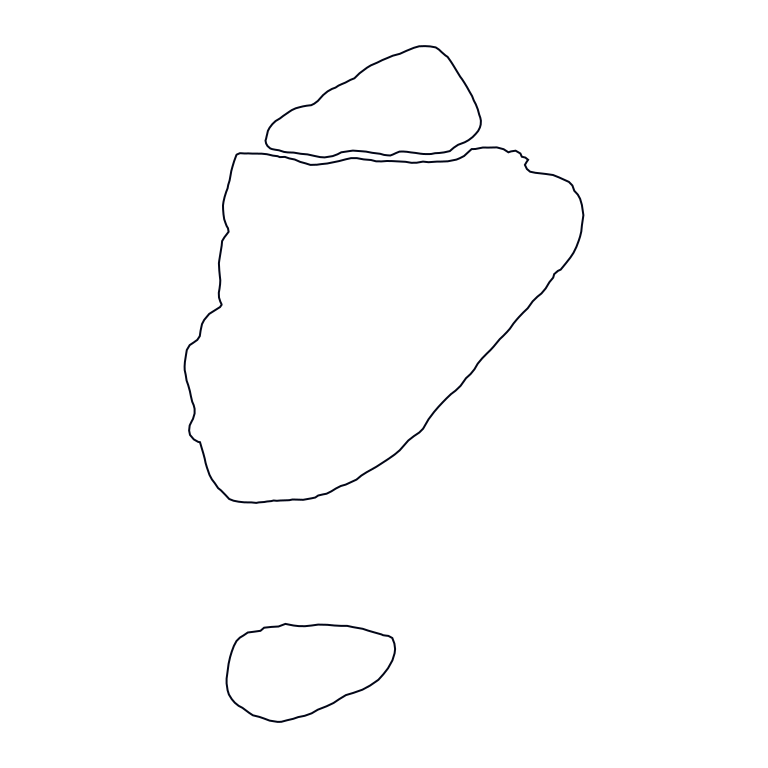 outline of South Maalhosmadulu, Maldives
{"feature_id": "70690204B34947259557359", "entity_name": "South Maalhosmadulu", "entity_type": "district", "adm_level": 2, "iso_a3": "MDV", "parent_name": "Maldives", "parent_adm1": "", "projection": "natural_earth1", "projection_center": [72.971, 5.094], "detail": "fine", "context": "isolated", "style": "outline", "palette": "ink", "viewbox_px": 768, "rotation_deg": 0, "n_neighbors": 0, "source": "geoboundaries", "source_scale": "gbopen_adm2", "svg_char_len": 5155}
<svg xmlns="http://www.w3.org/2000/svg" viewBox="0 0 768 768"><path d="M581.3,231.5L581.9,225.5L583.4,215.2L581.9,205.0L580.1,198.8L577.8,194.6L574.3,190.8L572.4,185.5L568.9,181.9L563.4,179.4L559.0,177.4L553.0,175.0L546.0,174.0L540.8,173.4L535.4,172.8L530.1,171.7L526.9,169.0L524.9,164.9L526.7,161.8L528.1,159.8L525.4,157.6L521.8,156.7L520.4,153.5L515.6,150.7L511.0,151.4L508.4,152.3L503.6,149.2L496.8,147.4L488.0,147.6L483.0,147.5L475.4,149.0L471.6,149.1L468.0,152.4L464.1,156.0L459.8,158.2L456.4,159.6L447.8,161.3L440.5,161.6L437.0,161.6L428.6,162.2L423.0,161.6L416.8,162.7L411.4,162.8L405.6,161.8L399.9,161.5L392.4,161.1L386.9,161.0L381.6,161.4L376.0,161.3L371.0,160.0L363.7,159.4L356.7,158.1L351.2,158.1L345.8,159.3L339.0,161.1L334.1,162.1L327.2,163.5L321.3,164.1L317.0,164.7L310.4,164.9L305.7,163.4L300.2,161.9L294.7,159.5L289.2,158.4L284.9,156.9L279.8,157.1L277.6,156.2L272.8,155.6L269.1,154.7L266.8,154.2L261.8,153.7L256.1,153.6L252.4,153.6L248.3,153.4L244.9,153.5L242.0,153.3L239.9,153.2L236.9,154.5L236.4,155.0L234.1,161.3L232.5,166.6L231.3,171.0L230.6,175.0L229.6,180.5L228.2,185.0L227.6,188.3L226.2,191.9L224.6,197.0L223.5,201.8L223.0,205.4L223.1,209.4L223.5,214.4L224.2,219.2L225.5,223.0L226.6,225.9L228.0,228.3L228.6,231.8L226.1,235.1L224.4,237.3L222.1,241.1L221.7,245.5L219.3,260.3L218.9,263.2L219.3,270.6L219.8,275.7L220.3,280.3L220.1,284.2L219.5,288.8L218.8,292.8L219.0,297.5L220.3,301.6L221.4,303.9L221.6,304.8L220.0,307.1L217.9,308.4L214.1,310.8L209.2,313.9L204.2,319.9L202.0,324.1L200.6,330.6L199.8,336.1L197.3,339.9L192.9,343.0L189.7,345.1L186.8,350.0L186.0,354.9L184.9,362.0L184.6,366.4L184.7,370.1L185.7,374.8L186.6,380.6L188.2,385.1L189.9,391.2L190.9,396.2L192.2,401.7L193.7,405.2L194.6,408.8L194.6,413.5L193.0,418.9L191.7,421.3L189.7,425.4L189.1,430.5L190.0,434.9L193.8,439.4L198.2,441.9L200.0,442.2L201.4,447.0L203.4,453.7L204.7,458.6L205.6,463.0L206.9,467.4L209.5,474.9L211.9,479.4L214.8,483.2L218.1,488.1L220.9,490.3L225.5,495.0L229.2,499.0L233.5,500.7L238.6,501.7L244.0,502.3L248.0,502.4L251.3,502.4L256.3,502.9L258.8,502.4L264.3,502.0L267.0,501.5L271.2,501.1L273.6,500.5L276.9,500.8L280.4,500.5L289.2,500.2L292.5,499.5L296.6,499.6L303.2,499.8L311.6,498.3L315.3,497.5L318.2,495.5L323.0,494.4L326.6,493.7L331.4,491.3L335.9,488.5L340.8,486.0L345.7,484.6L351.3,482.0L356.5,479.6L361.3,475.6L366.7,472.2L376.3,466.8L381.4,463.5L388.0,459.2L394.7,454.5L399.8,450.2L404.2,445.2L408.3,440.5L413.8,436.2L419.3,432.5L423.1,428.7L428.6,419.2L434.2,411.8L438.5,406.8L442.8,402.2L446.4,398.5L451.1,394.0L455.5,390.7L460.6,385.8L466.0,378.2L470.6,374.0L474.5,369.2L477.7,363.7L482.2,358.3L486.8,353.6L490.6,349.9L493.7,346.5L499.8,339.1L503.1,336.0L507.0,332.0L509.9,328.7L513.5,323.5L516.8,319.5L519.2,316.8L523.4,312.4L527.7,308.3L532.7,301.3L537.4,296.7L541.4,293.5L545.7,288.4L549.4,282.2L553.2,277.6L554.2,274.1L557.9,270.9L560.7,269.6L565.6,263.6L570.4,257.5L573.5,252.8L576.4,246.9L578.8,240.5L580.1,236.5L581.3,231.5ZM480.9,120.7L480.3,117.7L479.2,114.6L477.8,109.4L475.8,104.3L473.8,100.5L472.1,96.1L469.6,91.8L467.0,87.1L464.4,82.8L462.0,79.1L460.2,76.7L456.9,71.3L454.0,66.5L452.2,63.6L450.7,61.3L447.6,56.9L445.4,55.4L441.6,52.1L439.0,49.6L435.7,47.4L430.1,46.4L424.9,46.1L419.1,46.3L413.9,47.8L406.5,50.8L399.9,53.8L392.8,55.7L387.4,58.0L382.3,60.1L377.5,62.5L370.8,65.4L367.0,67.7L359.5,73.3L354.4,78.3L350.4,79.9L345.4,82.6L341.8,84.1L338.5,85.6L335.5,87.6L332.0,88.9L327.6,91.4L323.2,95.0L320.4,98.1L317.8,101.0L314.2,103.7L311.2,105.2L306.8,105.7L302.9,106.4L299.3,107.3L295.7,108.3L291.8,110.1L289.2,111.8L283.1,116.0L280.0,118.4L275.5,121.1L272.3,124.2L269.6,127.7L267.9,130.9L267.2,134.0L266.6,136.4L266.1,138.7L265.5,140.6L266.1,143.5L267.5,146.0L270.2,148.4L272.1,149.1L275.1,149.7L279.0,150.3L284.0,151.9L287.8,152.4L293.7,152.6L300.8,153.8L307.5,154.4L314.3,155.9L320.1,157.1L324.6,157.4L332.7,156.1L337.5,154.3L341.3,152.3L349.3,151.1L352.9,150.6L361.1,151.2L366.0,151.6L372.2,152.8L380.2,153.8L384.0,154.9L387.4,155.3L390.3,155.5L392.9,154.5L396.1,153.0L399.5,151.6L402.9,151.5L406.9,151.8L410.8,152.4L415.3,152.9L420.6,153.7L423.5,154.0L427.6,154.1L431.1,154.0L435.1,153.2L439.1,153.0L444.0,152.4L449.8,151.1L453.9,147.6L458.1,144.8L464.7,142.3L468.5,140.2L472.6,137.1L475.8,133.8L478.2,130.9L479.9,127.5L480.7,124.6L480.9,120.7ZM395.1,649.0L394.4,643.6L392.3,638.0L388.4,635.9L385.1,635.5L383.1,635.2L381.4,634.4L374.3,632.4L368.1,630.6L362.7,628.8L352.9,627.1L347.3,625.9L341.7,625.9L334.3,625.5L327.2,624.8L318.1,624.6L311.7,625.5L305.0,626.2L298.7,626.1L293.5,625.5L285.4,623.9L278.5,626.5L271.7,626.9L264.1,627.7L260.5,630.8L254.1,631.7L247.8,632.5L243.4,635.5L239.9,637.6L236.5,641.0L233.9,645.9L231.8,651.5L230.1,657.1L228.6,663.8L227.4,672.8L226.6,678.6L226.6,683.5L227.6,690.3L228.9,694.5L231.8,699.2L234.8,702.7L238.6,705.8L242.4,707.8L249.1,712.8L252.9,715.3L259.4,716.9L264.3,718.6L269.6,720.6L277.7,721.9L281.3,721.8L286.9,720.3L293.3,718.8L298.2,717.1L304.7,715.8L311.7,713.3L317.8,709.7L326.5,706.3L333.5,703.0L339.3,699.1L345.9,695.1L353.3,692.9L362.4,689.7L370.0,685.6L378.4,679.8L383.5,674.1L388.0,668.3L392.4,660.4L394.6,653.3L395.1,649.0Z" fill="none" stroke="#020617" stroke-width="2"/></svg>